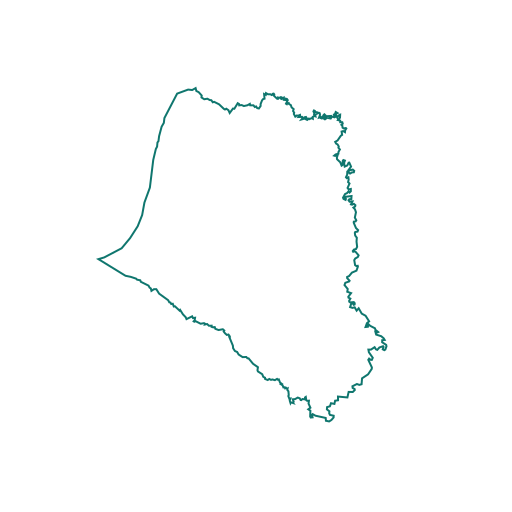 Khon Sawan, Chaiyaphum, Thailand, rotated 332°
{"feature_id": "78962969B35763800993101", "entity_name": "Khon Sawan", "entity_type": "district", "adm_level": 2, "iso_a3": "THA", "parent_name": "Thailand", "parent_adm1": "Chaiyaphum", "projection": "mercator", "projection_center": [102.296, 15.922], "detail": "fine", "context": "isolated", "style": "outline", "palette": "teal", "viewbox_px": 512, "rotation_deg": 332, "n_neighbors": 0, "source": "geoboundaries", "source_scale": "gbopen_adm2", "svg_char_len": 6151}
<svg xmlns="http://www.w3.org/2000/svg" viewBox="0 0 512 512"><g transform="rotate(332 256 256)"><path d="M115.4,184.8L131.5,212.2L135.6,215.6L139.5,219.7L139.9,221.1L142.4,223.1L142.2,224.7L147.2,231.7L147.2,233.9L147.9,235.3L147.3,237.7L150.3,237.4L152.4,238.5L152.8,243.8L157.7,253.8L157.7,256.2L158.6,256.9L158.6,258.6L160.1,259.1L159.7,262.0L160.8,262.3L162.9,268.4L163.7,268.0L164.1,273.2L165.2,277.1L165.0,279.1L171.3,279.3L171.2,281.2L173.2,281.9L171.7,283.9L170.3,284.4L170.7,285.1L172.1,285.2L175.3,289.8L178.6,290.9L179.3,292.0L178.7,292.5L180.9,293.1L181.7,295.5L184.1,296.7L183.5,297.7L185.0,299.2L184.8,299.8L185.5,299.1L186.2,299.4L185.9,301.2L188.2,303.8L192.3,305.1L193.0,306.9L192.0,307.5L192.4,309.8L193.2,312.0L194.8,312.4L195.1,314.3L195.0,315.0L194.4,314.9L193.5,324.3L192.5,326.7L192.8,330.0L194.3,331.9L194.4,334.8L196.7,339.0L200.0,340.6L200.4,342.3L201.4,342.9L202.8,349.8L205.5,355.1L203.7,357.5L203.5,358.8L206.0,363.3L205.7,366.1L206.8,367.7L206.3,368.8L208.1,371.0L210.0,370.8L211.1,372.4L212.5,372.7L214.4,374.5L216.9,374.4L217.3,375.6L218.2,375.7L217.8,379.0L218.7,380.9L217.8,380.9L218.8,382.7L218.5,384.9L219.6,385.3L219.6,386.5L220.6,386.3L221.1,387.8L221.7,387.8L220.8,389.0L221.1,390.7L219.6,394.2L218.8,394.8L218.4,397.9L219.3,398.0L217.9,399.5L217.4,402.1L218.1,401.6L219.7,403.2L219.6,402.6L220.8,402.4L221.2,399.8L223.3,400.7L226.4,400.6L227.8,402.2L227.8,404.1L228.3,404.5L229.9,404.1L231.8,405.5L232.9,403.9L233.8,403.8L232.7,406.9L233.2,407.9L234.8,408.6L233.1,411.0L232.8,415.5L230.2,415.9L231.4,418.1L228.5,423.1L228.5,424.3L230.2,425.0L230.9,422.4L231.8,422.2L233.5,424.9L241.5,431.7L240.4,434.3L242.9,436.4L245.6,436.2L248.7,435.0L249.6,433.5L246.7,431.0L246.8,429.2L247.9,427.6L246.6,424.7L247.8,422.8L250.7,423.4L253.1,421.2L255.8,423.4L257.9,420.9L260.7,421.9L262.4,418.6L270.3,423.8L274.0,419.5L277.6,421.5L280.3,420.7L280.6,419.7L279.4,417.9L280.0,416.3L285.0,416.4L286.7,418.3L289.0,418.8L292.2,413.8L299.4,413.1L305.2,410.0L306.0,408.8L306.4,400.4L307.7,399.7L308.5,401.5L309.5,402.1L311.3,400.7L310.5,394.0L311.3,391.4L313.6,392.6L317.9,392.2L318.1,394.7L319.0,395.8L322.0,394.7L325.8,395.3L325.9,396.2L324.1,397.9L325.1,399.4L326.3,399.3L328.8,397.0L329.2,395.6L326.9,391.4L327.9,389.6L330.2,390.5L330.1,388.6L328.9,385.6L325.2,381.8L325.8,379.1L327.3,380.5L328.2,380.5L326.8,377.3L327.1,375.7L324.0,371.2L323.2,368.8L321.6,371.0L319.4,370.1L322.4,367.4L325.2,366.8L324.7,360.2L322.3,356.5L322.1,350.4L319.2,351.5L319.0,347.6L316.8,347.1L315.1,345.3L318.2,342.3L319.1,343.2L319.4,345.0L320.3,345.1L321.0,344.0L320.7,342.6L317.4,341.2L316.9,340.3L317.1,339.4L319.3,337.9L318.1,336.2L318.4,335.3L322.5,333.4L319.8,330.4L321.5,328.2L320.5,323.2L322.3,321.6L326.3,322.2L327.0,321.8L326.1,318.3L326.6,317.3L328.8,317.4L332.9,315.7L337.8,316.1L341.0,313.2L341.2,312.4L339.9,312.0L339.2,310.6L340.8,305.8L342.4,304.8L345.4,304.7L346.9,303.6L345.9,299.1L345.1,298.1L343.8,297.9L343.8,297.1L345.5,296.3L347.6,296.8L349.6,295.4L351.5,290.5L353.6,287.2L353.2,284.5L354.1,282.0L354.9,281.4L357.1,282.1L358.3,281.1L357.4,278.2L357.9,272.5L358.5,271.6L360.2,272.2L361.3,271.6L361.3,268.5L364.8,264.3L365.3,261.2L364.7,259.0L366.8,258.8L367.6,257.8L366.9,255.9L364.9,255.8L364.1,255.0L366.8,253.1L364.1,252.0L363.9,250.2L365.1,249.7L366.8,250.6L368.5,247.9L362.7,245.7L362.1,246.0L362.2,247.8L361.4,248.5L360.1,246.7L360.2,245.4L363.7,243.1L366.0,243.2L368.1,242.3L368.4,243.9L370.1,243.4L371.2,241.3L369.1,240.7L368.8,238.9L372.6,235.9L372.0,234.0L373.7,232.0L374.5,229.9L372.7,229.9L372.4,228.7L374.6,227.1L376.2,224.4L377.3,224.8L377.3,226.9L377.9,227.4L379.8,227.2L381.7,228.0L382.7,226.9L382.0,225.1L378.8,224.3L378.1,223.5L381.9,221.7L382.2,217.3L381.6,217.1L379.1,218.9L376.3,218.7L377.5,215.1L379.3,213.5L378.2,212.3L377.4,212.6L375.0,216.3L374.0,216.4L374.4,212.8L373.0,208.6L373.5,207.2L375.4,205.3L374.8,204.5L372.9,204.8L372.2,204.1L374.0,203.7L376.8,204.3L377.6,202.9L380.1,201.3L379.6,199.1L380.5,198.1L380.4,195.8L379.5,194.3L379.5,192.4L382.2,192.3L387.4,189.6L388.9,189.5L390.0,186.3L391.6,186.6L392.7,188.4L393.7,186.9L395.6,185.8L395.4,185.2L393.3,184.5L392.7,183.3L393.4,181.5L393.0,180.3L394.7,179.9L395.0,178.4L393.2,177.4L393.9,176.0L392.2,174.5L395.1,173.3L396.6,170.8L394.7,170.7L392.7,172.0L392.8,168.7L393.7,167.9L395.0,168.0L394.0,166.3L392.4,167.7L391.2,167.7L390.9,169.0L391.7,170.4L390.4,170.4L388.6,168.6L386.5,169.7L385.2,168.6L387.4,167.3L383.7,165.6L382.9,163.0L382.1,163.2L381.7,164.4L382.0,166.1L383.2,167.4L381.0,167.7L380.0,165.9L380.3,164.3L378.6,165.4L377.9,164.6L378.3,163.7L376.6,163.4L378.8,161.5L379.3,159.8L378.8,159.1L376.9,159.0L377.5,157.9L375.8,156.6L376.1,155.6L375.5,154.7L374.6,155.3L374.5,157.3L373.8,158.2L374.7,158.9L374.1,160.7L373.3,159.8L371.4,159.8L370.6,161.5L369.8,160.4L367.4,160.2L367.2,159.5L365.1,159.9L364.1,158.5L365.5,158.1L365.4,156.7L364.0,156.3L363.1,157.4L360.3,156.8L362.1,156.0L362.0,154.8L359.1,153.4L360.8,152.9L361.1,152.1L359.0,151.9L358.0,151.1L356.1,151.4L356.1,148.3L357.0,147.4L356.8,145.4L358.2,144.0L357.2,141.5L357.6,139.1L356.5,137.3L356.7,136.3L355.3,136.0L354.5,136.5L354.0,135.6L357.2,133.3L357.0,131.8L356.3,131.2L356.4,132.2L355.5,132.3L353.8,131.1L354.8,129.2L352.3,129.4L351.9,128.8L353.0,127.9L352.6,127.4L350.6,127.2L349.9,126.4L349.1,127.5L348.5,127.1L347.1,123.0L348.0,121.9L347.8,120.9L347.1,120.7L346.6,121.5L345.3,121.2L345.0,120.2L342.5,118.8L341.3,116.9L340.3,118.3L339.2,116.8L337.4,121.1L335.8,120.8L334.3,121.5L331.4,124.0L330.5,125.7L327.8,127.1L326.5,126.0L326.3,124.0L324.9,123.9L324.5,121.8L321.6,120.2L322.0,118.8L319.3,118.9L315.7,117.9L314.2,116.0L311.9,115.1L312.4,113.9L311.6,112.5L306.0,115.8L304.9,115.0L299.9,117.4L300.1,114.3L298.9,112.0L297.4,112.1L296.7,111.0L294.6,104.7L291.4,100.2L290.0,100.0L289.7,97.5L288.4,96.6L286.9,94.3L283.9,93.3L282.3,90.4L283.4,88.8L282.3,84.4L280.8,82.3L281.5,79.4L277.6,79.5L274.2,77.2L262.6,75.6L239.9,91.2L237.1,95.2L233.4,97.5L226.7,104.7L223.8,108.8L222.3,109.5L220.0,113.0L217.8,114.5L210.4,122.9L194.4,145.8L182.6,156.4L174.7,166.4L165.5,174.2L153.2,181.1L141.0,186.1L121.3,186.0L115.4,184.8Z" fill="none" stroke="#0f766e" stroke-width="2"/></g></svg>